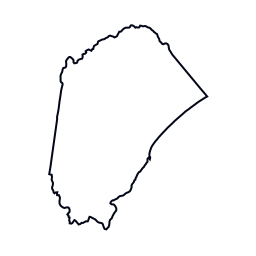 Aracruz, Espírito Santo, Brazil, rotated 8°
{"feature_id": "56859067B44994056013366", "entity_name": "Aracruz", "entity_type": "district", "adm_level": 2, "iso_a3": "BRA", "parent_name": "Brazil", "parent_adm1": "Espírito Santo", "projection": "equal_earth", "projection_center": [-40.187, -19.781], "detail": "fine", "context": "isolated", "style": "outline", "palette": "ink", "viewbox_px": 256, "rotation_deg": 8, "n_neighbors": 0, "source": "geoboundaries", "source_scale": "gbopen_adm2", "svg_char_len": 3686}
<svg xmlns="http://www.w3.org/2000/svg" viewBox="0 0 256 256"><g transform="rotate(8 128 128)"><path d="M202.0,85.8L200.5,84.4L194.0,78.6L161.5,49.0L160.4,47.6L159.4,46.4L158.0,44.8L157.3,43.1L157.0,41.9L156.6,40.6L155.4,39.3L154.0,38.9L152.8,39.1L151.5,40.1L150.4,40.1L149.5,39.2L148.3,38.4L147.1,37.3L146.6,35.8L145.9,34.7L144.9,33.5L144.3,32.1L143.6,30.9L142.3,30.4L141.2,29.6L140.3,29.3L139.3,28.2L138.0,27.7L137.0,26.8L136.1,26.1L135.1,25.7L134.0,25.7L132.7,25.2L131.2,24.6L130.0,24.8L128.5,25.3L127.0,24.9L125.7,25.0L125.1,26.8L123.6,27.2L122.2,27.0L121.3,27.6L120.3,26.7L118.9,26.0L117.5,25.7L116.4,26.1L116.0,27.5L115.2,28.4L113.9,28.7L112.0,28.9L110.6,29.7L109.5,30.8L108.5,32.2L107.5,33.6L105.9,33.9L105.3,35.8L104.7,37.2L104.4,38.5L103.3,39.4L102.0,40.2L100.6,39.5L99.0,39.3L97.6,39.0L96.2,39.6L95.2,41.1L93.7,41.9L92.2,43.3L90.7,43.8L89.4,44.4L88.6,45.1L87.6,45.6L86.4,46.5L86.1,49.0L85.1,49.8L84.0,50.6L82.9,51.6L82.7,53.2L82.6,54.6L81.6,54.9L81.0,56.6L79.3,56.1L78.1,55.7L76.4,56.8L75.4,57.9L76.1,59.1L75.2,60.4L73.9,60.8L72.7,61.6L73.2,63.7L73.0,65.6L71.5,66.3L70.0,67.0L68.8,68.2L68.5,70.3L67.3,71.0L65.8,71.4L64.9,70.5L64.6,68.4L63.6,67.3L62.4,66.6L61.2,65.8L60.1,65.8L59.3,66.5L58.6,67.7L57.8,69.0L57.3,70.6L57.8,72.3L58.1,74.0L58.1,76.0L57.0,77.2L55.7,77.5L55.1,79.0L55.1,80.6L54.9,82.2L54.3,83.5L54.0,85.4L54.0,86.7L54.4,88.3L54.5,89.8L54.8,91.1L55.6,92.2L56.6,92.5L57.2,93.7L56.6,99.7L56.6,101.9L56.6,105.2L56.5,111.7L56.6,117.1L56.6,120.6L56.2,127.4L56.6,128.8L56.6,138.0L56.6,143.5L56.6,145.9L56.6,147.7L56.6,152.0L56.6,160.2L56.6,164.5L56.6,166.6L56.6,169.7L56.6,174.4L56.6,178.0L56.4,184.7L57.7,184.9L58.9,184.9L59.5,186.9L59.6,188.3L59.6,189.9L60.5,191.4L61.3,192.7L61.5,194.8L61.3,196.1L61.1,197.3L61.4,198.9L62.7,200.3L63.4,202.3L64.3,202.9L65.3,201.9L66.9,201.5L66.8,203.2L67.2,204.4L68.9,204.1L70.2,206.2L70.4,207.8L70.3,209.5L70.5,211.1L70.8,212.5L72.1,214.3L73.4,215.1L74.7,215.7L76.0,216.1L76.9,215.7L78.4,215.2L79.6,214.9L80.8,215.6L81.6,217.2L81.8,219.3L81.0,220.2L80.0,222.1L81.3,222.9L81.6,224.5L82.6,224.7L82.6,226.1L82.6,227.8L83.4,228.8L83.5,230.5L85.1,230.6L86.1,229.9L86.9,228.3L87.7,226.7L88.8,227.0L90.8,228.8L92.6,230.4L94.1,229.7L95.3,228.3L96.6,228.3L97.8,227.4L99.4,226.2L101.1,226.1L101.7,224.3L101.8,222.9L102.3,221.3L103.6,221.4L105.3,222.1L107.3,222.7L108.6,223.3L109.8,224.3L110.9,225.1L111.8,225.5L112.8,225.8L114.0,225.7L115.9,226.1L116.7,227.3L117.4,228.8L118.2,230.2L118.9,231.2L120.7,231.4L121.7,229.6L122.5,228.9L122.7,227.5L122.9,226.1L122.8,224.2L122.7,222.9L123.2,221.2L124.4,219.8L125.0,217.4L125.7,215.5L126.4,213.8L127.4,212.1L127.9,210.9L127.5,209.1L126.5,207.5L125.5,206.4L124.4,205.7L123.2,205.8L122.1,205.8L121.0,205.0L121.3,203.6L122.1,202.4L123.0,201.7L124.0,201.6L124.8,200.8L126.2,200.0L127.4,199.1L128.1,197.8L129.2,196.8L130.6,196.2L131.8,195.8L133.0,195.3L133.7,194.3L134.9,193.0L136.2,192.1L137.7,191.3L138.9,189.9L139.4,188.3L139.8,186.5L139.5,184.3L140.2,182.5L141.2,180.9L141.6,179.0L142.5,178.2L142.5,176.7L143.0,175.5L143.4,174.0L143.9,172.3L144.5,171.1L145.1,170.0L146.2,169.4L146.7,168.2L147.4,166.9L148.2,165.5L149.2,164.3L149.8,162.6L150.5,161.6L151.1,160.1L152.0,158.8L151.8,157.6L151.6,155.9L152.5,154.5L154.0,155.9L154.1,154.0L153.2,152.8L152.8,150.9L152.9,148.8L153.3,146.1L153.9,143.6L154.4,142.3L155.2,140.7L155.8,139.5L157.1,137.2L158.5,135.0L160.0,132.5L162.4,129.0L164.0,126.7L164.9,125.5L165.8,124.2L167.2,122.2L169.7,119.1L170.7,117.9L173.6,114.1L176.1,111.2L179.8,107.0L181.8,104.6L183.1,103.1L184.0,102.3L184.9,101.5L186.0,100.4L187.6,98.7L188.5,97.9L189.9,96.5L191.5,94.9L192.7,93.7L195.3,91.3L197.1,89.8L199.6,87.6L202.0,85.8Z" fill="none" stroke="#020617" stroke-width="2"/></g></svg>